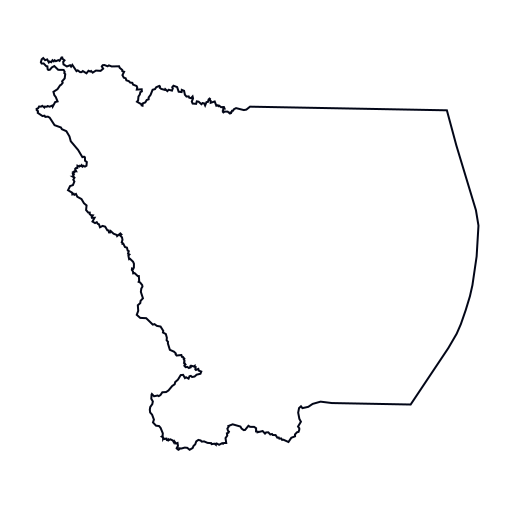 outline of Rutsiro, Western, Rwanda, rotated 181°
{"feature_id": "39286606B49553879902836", "entity_name": "Rutsiro", "entity_type": "district", "adm_level": 2, "iso_a3": "RWA", "parent_name": "Rwanda", "parent_adm1": "Western", "projection": "robinson", "projection_center": [29.444, -1.9], "detail": "fine", "context": "isolated", "style": "outline", "palette": "ink", "viewbox_px": 512, "rotation_deg": 181, "n_neighbors": 0, "source": "geoboundaries", "source_scale": "gbopen_adm2", "svg_char_len": 6053}
<svg xmlns="http://www.w3.org/2000/svg" viewBox="0 0 512 512"><g transform="rotate(181 256 256)"><path d="M471.7,444.8L469.0,442.1L467.9,442.0L467.6,439.2L466.9,438.4L465.4,438.6L463.4,441.0L461.0,442.4L457.0,438.7L451.6,438.7L450.5,436.8L450.9,435.6L449.9,434.5L450.4,430.2L452.9,427.3L452.3,425.8L453.7,423.9L454.8,423.3L457.4,419.3L461.4,416.6L460.4,413.2L459.0,411.5L457.1,407.1L459.5,406.4L461.9,401.8L462.3,402.9L464.9,401.7L467.0,402.3L467.7,401.6L469.8,401.7L470.2,400.8L472.3,402.4L473.5,401.6L475.5,401.7L476.4,399.9L477.9,399.3L477.8,398.0L476.5,397.0L476.7,395.3L471.9,392.2L469.9,392.6L469.1,391.4L466.5,391.7L464.7,390.7L459.7,383.3L453.3,381.1L452.3,379.4L447.8,377.5L444.6,372.3L443.2,367.5L435.7,358.9L431.3,351.8L429.7,352.3L428.8,351.7L428.6,348.3L426.8,347.0L427.1,343.3L428.6,342.4L430.2,343.2L430.9,342.4L431.9,343.7L432.4,342.8L433.6,343.2L434.2,342.4L436.1,343.2L436.2,340.9L437.7,340.7L438.4,339.8L437.3,337.6L438.8,337.7L440.3,336.7L439.4,336.1L440.5,335.2L439.7,334.3L440.3,333.9L439.7,332.3L440.7,332.2L438.9,331.1L440.0,329.1L438.9,327.3L440.3,323.7L443.1,322.7L445.1,318.5L441.0,316.1L440.7,314.4L439.4,315.1L438.7,314.0L437.1,314.9L435.7,312.1L431.5,309.9L428.9,305.7L426.3,303.6L426.7,299.0L424.5,296.5L423.0,296.5L423.0,295.0L421.8,294.0L419.9,293.8L421.0,292.2L420.7,291.3L418.1,291.4L420.1,287.6L417.5,286.1L415.8,287.0L414.8,285.4L413.6,285.0L412.5,282.0L409.9,283.4L407.3,282.7L405.1,279.1L403.8,279.0L403.4,277.0L402.3,277.0L401.7,278.4L398.8,275.8L395.6,274.6L395.2,273.5L392.0,276.2L391.0,275.2L392.3,274.3L390.3,272.3L389.8,269.8L390.5,267.3L389.7,266.8L389.7,265.8L388.8,265.8L387.2,262.7L385.2,262.1L384.4,259.2L383.3,258.6L384.0,256.1L382.6,255.3L383.6,254.2L382.8,250.6L381.9,251.0L378.8,248.1L377.9,246.1L377.9,242.3L378.5,241.0L379.7,241.4L379.9,240.0L378.7,238.3L378.5,236.5L377.1,236.8L373.9,233.9L372.8,233.9L372.4,229.4L372.9,228.1L371.5,227.6L369.3,225.0L369.0,223.4L370.1,221.5L370.5,218.1L368.3,211.7L370.6,209.2L370.9,206.9L373.3,204.7L372.8,199.1L374.2,195.1L370.7,192.1L364.7,191.9L358.0,185.6L356.3,186.1L353.9,184.4L350.2,183.8L347.4,179.5L347.7,177.9L344.8,176.4L343.7,172.7L343.9,170.2L342.5,168.7L342.6,167.1L340.5,160.7L336.3,158.9L334.5,157.2L334.6,156.2L333.6,155.1L328.9,155.7L328.3,153.9L327.3,153.8L325.9,152.1L326.5,151.7L325.6,149.8L326.1,148.6L324.9,146.7L325.4,146.7L324.9,146.0L325.7,145.0L324.4,143.6L322.7,143.9L321.2,142.8L319.4,143.5L319.8,144.6L319.1,145.2L316.3,144.5L315.4,145.1L315.4,144.1L314.4,143.9L314.7,141.6L314.1,141.0L311.7,142.1L311.2,140.4L308.7,139.5L309.5,137.3L313.3,136.3L315.3,134.4L317.8,133.9L319.1,135.0L320.4,134.6L321.3,132.2L323.8,133.5L324.9,132.7L326.8,135.9L329.2,135.6L331.9,131.0L334.6,128.5L335.1,126.3L337.5,124.6L341.2,120.0L343.5,118.4L347.3,118.1L349.1,115.3L350.8,114.2L351.9,114.8L355.5,114.0L357.7,116.2L358.0,115.6L358.2,111.4L356.6,108.8L357.1,106.1L359.1,103.2L359.5,100.5L359.1,97.7L357.1,95.5L355.2,90.6L356.1,87.8L353.0,84.6L350.0,84.3L348.4,82.5L346.1,77.1L346.2,74.5L347.1,73.8L345.8,73.1L345.7,71.4L345.2,72.2L344.4,71.4L342.7,71.9L341.9,70.4L340.6,70.1L340.4,71.2L339.6,70.6L338.4,71.2L336.0,70.1L334.7,68.0L334.3,69.2L332.7,67.1L331.2,67.7L330.7,64.8L332.0,62.4L331.0,61.4L330.1,60.9L329.3,61.5L329.4,62.4L327.3,62.2L323.9,63.2L321.4,63.0L319.0,61.1L316.0,62.9L315.1,65.1L313.5,66.6L312.5,69.6L310.4,71.1L308.1,70.6L307.1,69.5L304.6,69.7L301.2,68.3L297.5,68.1L297.1,67.1L294.3,67.6L292.9,66.6L292.9,67.6L292.1,67.9L289.6,66.6L286.5,68.3L285.7,67.7L284.8,68.5L282.5,68.5L283.3,73.4L281.6,75.9L282.0,78.2L280.5,78.8L280.0,79.9L280.9,80.6L281.6,82.9L280.4,84.8L280.7,85.5L276.4,87.3L268.6,85.2L267.4,83.2L265.2,81.7L263.9,81.9L260.6,86.1L259.0,85.1L254.9,85.1L252.9,83.8L252.9,80.6L251.3,80.4L251.3,79.8L246.3,81.1L243.9,78.6L242.8,79.8L240.6,79.9L238.6,77.8L236.9,78.3L236.1,77.3L233.3,77.3L231.5,74.7L230.1,74.9L229.5,73.8L227.6,74.0L226.7,72.6L225.4,72.8L220.3,70.6L217.5,74.9L213.8,76.4L213.9,78.3L211.9,80.5L210.4,80.9L209.7,83.0L209.7,84.5L211.0,86.2L208.2,91.1L209.8,93.9L211.1,100.1L210.3,104.7L208.4,106.5L206.9,104.7L201.1,106.1L196.8,109.1L188.9,111.5L177.6,110.3L98.8,110.2L62.1,167.3L54.0,181.8L50.0,191.4L45.4,205.5L41.4,219.5L39.1,230.6L35.4,259.4L34.1,290.3L36.9,305.6L57.6,370.0L67.7,405.0L264.6,405.2L268.2,402.2L270.7,401.7L278.5,403.5L280.6,402.4L281.5,400.9L282.5,400.8L283.0,399.4L283.8,399.2L283.6,398.4L284.6,398.0L286.9,399.9L289.9,399.8L291.1,399.0L292.0,400.0L292.4,399.7L291.5,400.5L291.3,402.6L290.0,402.8L290.7,404.4L293.5,404.2L295.7,405.8L296.2,405.2L297.5,406.1L298.3,405.6L300.0,409.8L304.0,408.4L304.0,410.3L305.1,411.0L304.7,412.2L305.2,412.6L306.1,411.7L306.8,409.2L308.2,409.0L309.5,405.6L310.5,407.7L312.1,408.0L313.2,406.8L316.1,409.3L317.9,409.6L318.5,407.1L322.0,407.3L322.9,409.3L321.7,412.5L322.2,414.4L323.7,412.7L325.5,413.1L326.1,414.4L328.3,414.2L329.9,416.0L330.8,419.9L333.1,420.8L333.3,418.6L336.2,418.9L337.8,423.5L341.5,424.8L342.7,423.3L342.1,422.2L342.9,419.9L346.2,420.7L347.5,419.3L349.7,421.3L350.1,420.5L353.6,421.4L355.1,422.5L355.0,423.9L355.6,424.4L358.7,423.0L359.9,421.1L362.3,420.4L364.2,415.3L366.1,412.7L366.1,410.8L368.0,410.1L369.4,407.6L371.9,406.6L372.1,404.3L373.0,404.6L373.1,405.6L377.7,408.2L376.6,409.6L376.3,413.4L375.0,415.4L374.5,417.8L373.0,418.6L373.2,420.7L378.1,420.3L377.7,422.5L378.4,423.9L381.9,425.2L382.7,427.0L384.8,427.2L386.2,428.6L388.7,429.4L389.4,431.4L391.3,432.0L392.7,434.5L391.1,437.9L392.9,438.5L393.0,439.7L395.6,441.8L396.2,443.3L403.6,443.0L406.4,444.0L407.7,443.1L410.9,444.3L412.6,444.1L413.5,442.9L412.1,440.6L414.6,438.4L419.3,438.6L422.5,436.5L424.1,438.1L424.9,437.5L426.7,438.3L428.7,435.7L432.4,437.9L433.6,436.8L435.1,436.8L437.5,438.5L438.7,437.7L443.0,443.9L444.2,442.1L445.2,443.5L448.4,442.2L451.8,444.2L452.2,446.7L450.9,448.3L453.0,449.9L453.2,451.1L453.9,451.1L455.8,447.7L457.0,448.4L459.5,447.3L460.7,448.2L461.6,447.1L462.9,448.2L464.1,446.2L465.6,446.9L466.5,445.9L468.2,448.9L470.3,448.1L472.2,450.2L473.7,448.9L474.5,446.0L473.7,444.7L471.7,444.8Z" fill="none" stroke="#020617" stroke-width="2"/></g></svg>